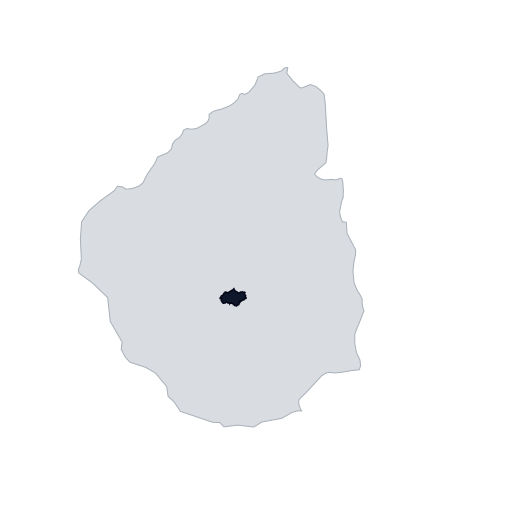 Sarandí del Yí, Durazno, Uruguay shown in context, rotated 43°
{"feature_id": "84410073B30511027712587", "entity_name": "Sarandí del Yí", "entity_type": "district", "adm_level": 2, "iso_a3": "URY", "parent_name": "Uruguay", "parent_adm1": "Durazno", "projection": "mercator", "projection_center": [-55.569, -33.214], "detail": "fine", "context": "in_parent", "style": "filled", "palette": "ink", "viewbox_px": 512, "rotation_deg": 43, "n_neighbors": 0, "source": "geoboundaries", "source_scale": "gbopen_adm2", "svg_char_len": 4461}
<svg xmlns="http://www.w3.org/2000/svg" viewBox="0 0 512 512"><g transform="rotate(43 256 256)"><path d="M395.0,338.1L392.2,340.7L389.1,345.6L385.5,357.2L373.5,373.4L371.1,382.5L358.1,392.1L349.0,402.8L343.0,402.6L337.7,407.2L306.7,421.2L295.6,418.6L287.4,418.6L279.7,412.4L262.3,410.2L251.3,412.7L236.6,419.5L232.2,419.4L229.0,419.0L221.1,416.2L216.7,410.2L194.1,403.3L175.9,387.6L154.5,387.3L138.0,389.3L135.4,387.2L133.8,383.2L130.4,377.4L116.2,363.6L105.1,349.9L102.9,336.5L104.4,322.0L107.8,304.8L107.2,299.4L111.3,296.4L115.4,295.8L119.3,291.3L122.8,284.6L123.4,279.6L120.7,270.2L118.8,257.2L116.5,250.7L121.0,240.5L121.2,235.5L118.6,231.1L117.9,226.6L119.1,222.0L118.9,217.6L117.2,213.4L118.5,209.9L122.6,207.1L125.7,202.9L127.7,197.2L128.8,192.8L128.8,189.8L127.6,187.0L125.0,184.3L126.2,179.0L131.1,171.1L134.3,164.1L135.7,158.0L135.6,153.0L134.0,149.3L134.7,146.7L137.7,145.4L139.1,141.4L138.6,131.6L135.5,123.5L137.9,117.1L144.7,109.7L148.3,103.7L148.6,99.1L150.7,96.5L153.9,101.4L163.7,102.7L173.4,102.9L175.0,101.7L178.8,93.6L183.9,91.3L189.4,90.8L195.4,91.2L201.8,96.5L220.0,113.9L233.3,126.0L237.3,131.7L240.8,136.0L243.5,140.0L242.4,150.4L242.5,154.9L243.2,156.3L246.2,156.4L250.7,155.6L254.5,153.4L257.5,150.1L260.4,147.3L262.7,145.9L263.6,143.7L264.9,141.4L266.3,140.9L268.9,142.6L275.2,148.5L280.0,154.0L281.2,157.2L283.0,160.5L285.0,163.3L286.4,166.1L291.1,169.8L295.8,172.1L299.0,169.7L307.1,177.3L324.8,183.6L328.1,187.5L331.2,192.9L337.4,201.2L346.0,208.7L352.9,211.9L359.6,213.7L363.3,215.3L365.8,218.2L369.9,221.3L372.5,222.4L373.3,225.2L375.9,231.2L378.7,238.9L381.7,246.0L388.1,252.8L395.5,258.2L403.0,261.2L407.3,264.9L409.1,268.8L404.0,274.6L398.5,281.9L393.6,287.6L388.5,291.6L386.9,294.4L385.7,298.6L385.8,321.4L385.4,329.9L385.7,332.1L386.5,333.6L389.6,335.9L393.4,337.8L395.0,338.1Z" fill="#d9dde1" stroke="#a8b0b8" stroke-width="1"/><path d="M258.6,311.4L258.7,311.2L258.8,311.2L259.0,311.1L259.4,311.0L259.5,310.9L259.7,310.7L259.8,310.7L260.0,310.8L260.1,311.0L260.2,311.4L260.3,311.5L260.5,311.8L260.7,312.1L260.8,312.2L261.0,312.3L261.3,312.4L261.5,312.4L261.9,312.4L262.0,312.5L262.4,312.7L262.5,312.8L262.9,312.9L263.0,312.9L263.4,312.9L263.5,312.9L263.8,312.9L264.0,312.9L264.3,312.9L264.5,312.8L264.6,312.7L264.7,312.4L264.8,312.2L265.0,311.9L265.2,311.7L265.3,311.5L265.3,311.4L265.5,311.4L265.5,311.2L265.5,310.9L265.4,310.6L265.5,310.6L265.5,310.4L265.7,310.2L265.6,309.9L265.8,309.8L266.0,309.8L266.0,309.7L266.3,309.6L266.6,309.6L266.8,309.6L267.0,309.6L267.3,309.6L267.5,309.5L267.4,309.4L267.5,309.4L267.7,309.2L267.8,309.0L267.9,308.9L268.0,308.9L268.0,309.0L268.2,308.9L268.3,308.7L268.6,308.7L268.8,308.6L269.0,308.7L268.9,308.5L268.8,308.4L269.0,308.3L269.1,308.2L269.4,308.1L269.5,308.0L269.7,307.9L269.8,307.9L270.0,307.8L270.1,307.6L270.2,307.4L270.2,307.2L270.0,306.9L270.2,306.7L270.3,306.7L270.3,306.8L270.5,306.7L270.8,306.7L270.8,306.8L271.0,306.8L271.2,306.7L271.3,306.7L271.5,306.6L271.8,306.6L272.0,306.6L272.2,306.4L272.4,306.5L272.5,306.6L272.6,306.8L272.7,306.7L272.8,306.7L273.0,306.5L273.1,306.4L273.3,306.3L273.5,306.4L273.6,306.5L273.8,306.7L273.9,306.8L274.0,306.7L274.1,306.8L274.3,306.7L274.5,306.6L274.5,306.4L274.6,306.2L274.8,306.2L275.0,306.0L275.1,305.9L275.3,305.9L275.5,305.8L275.8,305.9L275.9,305.7L275.9,305.4L275.8,305.2L275.9,304.9L275.8,304.7L276.0,304.5L276.0,304.4L276.2,303.7L276.6,303.4L276.6,303.2L276.1,302.9L275.9,302.7L276.0,301.6L275.7,301.3L275.6,301.2L275.9,301.0L275.8,300.6L275.3,300.6L274.9,300.5L274.8,300.3L275.0,299.9L275.2,299.7L275.5,299.7L275.9,299.3L275.9,298.9L275.9,298.6L276.1,298.4L276.2,297.4L276.5,296.9L277.0,296.6L277.0,296.0L277.1,295.7L277.0,295.3L276.8,295.1L277.0,294.7L277.4,294.2L277.6,293.8L277.5,293.5L276.9,293.2L276.5,293.1L275.9,292.9L275.5,292.6L275.3,292.0L274.8,292.2L274.2,291.7L272.9,291.1L272.8,290.2L272.2,290.3L271.4,291.3L270.5,291.4L270.5,292.2L270.1,292.2L269.1,293.0L269.2,293.7L268.3,295.3L267.9,295.5L267.4,295.1L264.2,295.8L262.1,295.0L262.1,297.9L261.7,297.7L260.7,301.4L261.2,301.5L261.1,301.8L260.9,302.0L260.6,302.1L260.3,302.5L260.1,302.7L259.7,302.7L259.4,302.5L259.2,302.5L258.8,302.9L258.6,303.1L258.2,303.2L258.0,303.5L258.2,303.8L258.3,304.4L258.2,304.7L258.0,304.9L258.2,305.2L258.1,305.9L258.4,306.6L258.5,307.3L258.3,307.7L258.2,308.2L257.9,308.7L258.0,309.0L258.1,309.5L258.5,309.8L258.5,310.1L258.7,310.3L258.3,310.6L258.3,311.0L258.6,311.4Z" fill="#0f172a" stroke="#020617" stroke-width="1.5"/></g></svg>